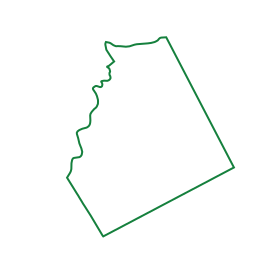 Clark, Missouri, United States of America (orthographic projection), rotated 241°
{"feature_id": "52423323B73232877259314", "entity_name": "Clark", "entity_type": "district", "adm_level": 2, "iso_a3": "USA", "parent_name": "United States of America", "parent_adm1": "Missouri", "projection": "orthographic", "projection_center": [-91.584, 40.431], "detail": "fine", "context": "isolated", "style": "outline", "palette": "green", "viewbox_px": 256, "rotation_deg": 241, "n_neighbors": 0, "source": "geoboundaries", "source_scale": "gbopen_adm2", "svg_char_len": 1506}
<svg xmlns="http://www.w3.org/2000/svg" viewBox="0 0 256 256"><g transform="rotate(241 128 128)"><path d="M45.2,53.8L42.5,183.0L42.1,201.5L188.8,205.4L191.0,200.8L191.2,199.6L191.0,198.5L190.2,196.4L190.2,194.1L190.3,192.9L191.2,189.5L192.4,186.4L197.0,176.3L197.7,174.1L198.7,169.0L200.1,165.6L203.3,160.9L204.7,158.5L205.2,157.4L205.7,156.8L207.5,155.4L210.7,153.8L211.6,153.1L213.9,150.4L213.0,149.3L211.9,148.6L206.9,147.0L199.1,147.5L192.9,148.1L191.6,141.2L191.8,140.2L191.8,139.6L191.6,139.4L191.2,139.4L189.9,140.2L188.5,140.4L186.2,139.8L185.7,139.4L185.5,138.9L185.0,138.4L183.4,137.6L181.9,137.6L180.7,137.2L179.9,136.7L179.3,135.6L179.1,134.2L179.3,132.8L181.0,130.0L181.7,128.0L181.7,127.3L181.4,127.0L179.8,127.1L178.5,126.7L177.3,125.7L177.0,125.0L177.0,124.0L177.6,123.1L179.4,121.5L180.1,120.7L180.4,120.0L180.4,119.1L180.2,117.4L179.8,116.7L179.4,116.4L178.6,116.2L173.7,116.6L170.9,116.3L167.3,115.4L166.0,114.8L163.7,113.4L161.9,111.1L161.6,110.4L161.3,109.6L161.0,107.7L159.8,104.3L158.6,102.1L157.3,101.0L152.9,98.8L151.5,97.9L150.1,96.8L149.3,95.8L148.7,94.6L148.4,92.8L148.5,91.6L149.5,87.7L149.8,84.4L149.5,82.3L149.1,81.6L148.6,80.9L147.5,80.4L143.3,79.5L138.1,78.0L132.7,77.3L129.3,76.4L127.0,74.5L126.4,73.4L126.1,72.5L126.1,71.3L128.0,66.3L128.1,65.4L127.8,64.6L127.0,63.5L124.6,61.5L119.5,58.5L118.0,57.1L117.0,55.8L114.1,50.6L95.8,51.5L92.7,51.7L91.2,51.7L86.8,51.9L83.3,52.0L80.8,52.2L69.2,52.9L46.4,53.6L45.2,53.8Z" fill="none" stroke="#15803d" stroke-width="2"/></g></svg>